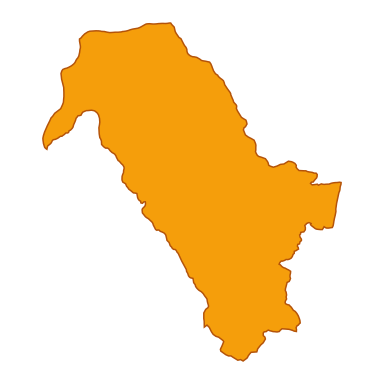 the district of Vitória do Xingu, Pará, Brazil
{"feature_id": "56859067B39122810620309", "entity_name": "Vitória do Xingu", "entity_type": "district", "adm_level": 2, "iso_a3": "BRA", "parent_name": "Brazil", "parent_adm1": "Pará", "projection": "robinson", "projection_center": [-51.962, -3.173], "detail": "fine", "context": "isolated", "style": "filled", "palette": "amber", "viewbox_px": 384, "rotation_deg": 0, "n_neighbors": 0, "source": "geoboundaries", "source_scale": "gbopen_adm2", "svg_char_len": 5937}
<svg xmlns="http://www.w3.org/2000/svg" viewBox="0 0 384 384"><path d="M204.3,327.1L207.0,325.1L208.3,326.4L209.3,327.4L211.4,331.7L213.2,334.4L215.9,336.3L218.7,337.2L223.0,340.5L223.7,341.7L222.1,345.7L220.4,349.3L220.8,351.1L225.8,354.7L228.5,355.9L231.0,355.9L232.9,357.2L237.8,360.2L240.6,359.6L243.1,361.0L246.1,358.8L247.3,357.8L248.2,355.9L249.7,353.9L251.1,352.3L256.8,351.9L257.7,348.8L260.8,344.9L263.2,342.8L265.4,339.0L264.9,337.1L263.3,335.6L263.2,333.1L264.2,331.8L266.2,331.6L267.3,330.6L268.4,330.1L270.0,330.8L271.4,331.1L273.0,331.6L274.7,331.7L276.3,331.9L277.5,331.9L279.3,331.5L280.2,330.3L282.0,328.8L285.1,329.0L288.8,329.3L290.2,329.6L291.3,330.0L292.4,330.3L294.1,331.1L296.4,331.5L296.5,329.5L296.1,327.7L297.1,325.7L298.3,325.1L299.2,323.9L300.2,323.0L299.9,320.4L299.4,318.8L298.3,315.9L296.9,313.5L295.3,311.5L293.3,310.2L291.3,307.2L290.1,306.1L289.3,305.1L286.8,304.4L285.5,303.6L285.1,302.4L285.5,300.8L286.6,299.0L286.1,297.0L286.6,295.0L286.1,292.1L285.3,290.5L285.5,288.6L286.4,285.2L287.1,282.4L289.1,281.5L289.8,280.3L290.5,278.4L290.0,277.1L290.0,275.1L290.5,273.2L290.6,271.3L289.3,270.4L288.1,269.7L286.6,269.0L285.3,268.2L283.4,267.6L281.8,266.5L280.4,264.9L279.1,264.2L279.8,262.6L281.2,261.1L282.6,261.1L284.8,260.3L286.0,259.5L287.9,259.6L289.5,259.1L291.1,258.2L292.3,256.6L293.1,254.4L294.2,253.4L294.3,251.3L295.9,250.7L297.3,249.8L298.5,249.1L298.2,247.5L297.4,246.3L297.7,244.4L299.5,243.9L300.0,241.8L301.4,240.6L301.4,239.2L300.0,237.0L299.6,234.9L300.6,233.9L300.7,232.4L302.2,232.1L303.8,231.9L305.3,229.8L305.4,227.7L304.8,225.4L305.8,224.6L306.5,223.6L307.7,223.0L309.0,222.6L311.1,223.5L310.5,224.6L311.4,225.6L315.4,228.7L316.8,229.2L320.5,229.6L322.3,229.6L323.1,228.4L324.1,226.7L325.1,227.4L326.2,228.0L328.0,228.1L329.1,228.0L330.9,227.7L332.3,227.5L333.1,225.8L333.5,223.8L333.9,221.1L334.5,218.1L335.2,215.3L335.9,211.6L335.8,209.0L336.4,204.9L336.6,203.3L338.9,192.6L339.6,191.0L339.9,189.8L340.2,186.8L341.0,184.2L341.1,182.5L339.6,182.2L337.4,182.5L335.1,182.6L332.9,182.9L331.1,183.3L329.1,184.1L326.2,184.2L324.3,184.4L323.1,184.3L321.3,183.9L318.4,185.2L317.4,184.2L312.2,184.9L310.5,183.4L311.4,182.2L313.2,182.0L314.3,180.5L315.5,179.1L316.6,177.9L317.1,176.4L317.2,174.5L316.2,173.2L314.1,173.1L312.3,172.4L309.0,171.9L307.2,171.5L305.9,170.8L304.2,170.8L300.5,170.6L299.0,170.5L297.1,168.7L296.1,167.1L296.3,165.3L294.9,163.4L293.0,162.3L291.5,161.7L288.4,161.2L283.9,164.0L280.4,164.4L277.2,166.0L273.4,167.2L270.4,166.2L268.7,165.2L268.1,162.8L267.4,161.4L265.4,158.7L261.6,157.3L258.6,156.4L257.3,155.3L256.1,153.2L255.5,151.6L255.8,150.0L255.8,147.3L255.9,145.2L255.5,143.5L254.1,140.2L251.4,138.6L248.2,137.0L245.4,134.9L243.4,129.9L244.0,127.8L245.5,126.7L246.3,125.2L247.0,124.0L246.4,121.4L245.9,120.1L243.2,118.5L241.4,117.3L237.5,111.0L236.4,108.6L236.7,106.0L236.1,104.8L233.7,102.2L233.0,99.9L232.4,98.6L230.8,94.8L230.6,93.4L229.7,91.9L227.4,88.8L224.7,84.7L224.2,82.7L223.4,80.7L221.8,79.3L220.5,78.4L218.4,76.5L217.7,75.2L215.5,73.8L213.6,71.0L212.3,67.6L211.9,66.4L210.8,63.8L209.6,62.1L205.5,61.2L203.5,60.9L201.6,60.5L199.6,59.0L196.8,57.4L194.6,56.9L192.5,56.7L190.5,55.9L189.2,55.0L187.7,53.5L186.9,51.2L186.9,49.8L186.5,48.4L185.8,47.1L184.7,45.8L183.9,44.5L180.9,38.6L179.0,37.5L176.2,33.4L175.2,31.5L174.2,27.1L171.7,24.5L170.7,23.0L169.5,23.0L167.1,23.4L165.3,23.5L162.3,23.4L158.5,23.6L156.3,23.9L154.3,24.0L152.8,24.0L151.6,23.9L149.3,23.7L146.8,23.9L145.7,24.2L140.2,27.3L138.0,28.2L132.7,29.1L130.1,29.8L128.3,30.5L126.0,31.1L124.0,31.4L122.6,31.5L121.4,31.9L118.3,32.2L115.4,32.2L111.6,32.5L109.8,32.6L107.2,32.2L104.2,31.5L101.6,31.4L100.5,31.1L98.8,30.9L96.1,30.8L89.9,31.2L87.8,31.9L84.7,33.9L82.2,36.4L81.3,37.7L79.5,39.0L79.5,41.0L80.4,46.0L80.4,48.0L80.0,49.4L79.6,52.5L78.8,56.0L77.8,57.9L76.6,59.3L76.0,60.4L75.0,62.5L73.8,63.9L71.6,65.7L69.1,67.1L66.9,68.1L64.8,68.6L62.8,69.5L61.8,71.0L61.0,73.6L61.3,76.1L61.6,79.1L63.7,87.4L63.9,92.3L63.9,96.9L63.7,98.5L63.4,102.4L62.5,104.8L60.7,108.7L54.7,113.3L52.7,116.2L51.0,118.0L49.9,120.6L47.4,125.6L44.6,132.0L43.5,135.4L42.9,138.2L43.0,140.2L43.5,143.6L44.6,147.2L45.5,148.3L46.9,149.3L47.3,147.4L47.7,145.9L49.7,144.4L50.9,143.3L51.7,142.0L52.3,140.6L53.4,139.7L55.5,139.3L57.8,138.2L59.3,137.1L60.4,136.3L62.0,136.2L63.1,135.3L64.3,134.5L65.8,133.0L67.4,133.0L68.5,132.5L69.1,130.8L70.5,130.1L72.1,128.5L73.0,127.1L73.6,124.8L74.9,121.9L75.6,120.1L76.0,118.4L77.0,117.2L78.1,115.7L79.6,115.6L81.0,115.2L81.7,113.8L82.6,112.3L84.4,111.4L86.4,110.6L87.6,110.6L91.5,110.2L94.5,110.8L97.0,112.7L98.4,114.7L99.5,118.2L99.8,122.1L99.5,124.6L98.9,127.8L99.2,133.8L99.8,137.6L100.7,139.1L101.4,141.0L101.6,144.5L103.5,146.6L104.5,147.4L105.6,148.1L107.5,148.1L108.6,148.7L110.1,150.7L111.9,152.4L114.6,154.0L115.9,155.8L116.3,157.0L118.1,160.5L119.2,161.2L120.3,162.4L121.1,163.4L122.9,165.1L124.0,167.0L124.1,168.7L123.6,170.5L123.5,172.6L122.6,174.7L122.1,176.4L122.0,178.4L122.0,180.0L122.8,182.1L125.6,183.8L126.6,186.3L127.7,187.5L128.8,189.2L130.7,190.6L133.4,192.9L134.6,193.0L135.8,193.2L136.9,193.5L137.6,197.6L138.3,199.2L139.3,200.5L140.6,201.2L140.9,202.9L142.4,203.3L144.0,201.8L145.3,201.8L145.5,203.1L145.4,205.0L144.7,206.4L142.5,208.6L142.1,209.8L142.4,212.9L145.4,216.7L146.7,217.7L148.4,218.7L152.1,222.2L152.9,223.5L153.3,225.0L155.6,229.5L156.9,230.3L158.0,229.9L159.3,230.3L160.2,231.3L162.1,232.0L163.9,232.9L164.8,233.7L165.8,235.1L166.7,238.9L167.0,240.4L169.1,242.5L170.2,245.7L171.5,247.0L172.4,248.5L173.7,249.4L175.2,249.5L176.2,250.4L177.0,252.1L178.2,253.4L181.7,261.0L186.3,269.5L186.6,271.5L187.7,273.3L188.5,275.8L189.5,277.1L190.5,277.8L193.0,278.4L193.7,282.7L195.2,284.7L195.6,286.4L196.4,287.6L197.2,288.6L198.1,289.5L199.0,290.3L201.4,291.8L203.2,293.6L204.6,295.8L206.3,298.0L207.0,299.1L207.4,301.8L208.6,306.1L208.0,307.6L205.7,309.4L203.8,313.0L203.8,318.5L204.2,321.3L204.3,327.1Z" fill="#f59e0b" stroke="#b45309" stroke-width="1.5"/></svg>